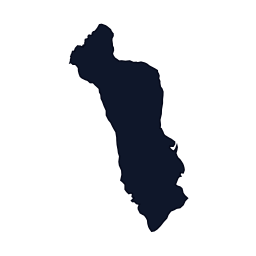 outline of Kritou Marottou, Paphos, Cyprus, rotated 308°
{"feature_id": "46923920B67304422398861", "entity_name": "Kritou Marottou", "entity_type": "district", "adm_level": 2, "iso_a3": "CYP", "parent_name": "Cyprus", "parent_adm1": "Paphos", "projection": "albers", "projection_center": [32.584, 34.945], "detail": "fine", "context": "isolated", "style": "filled", "palette": "ink", "viewbox_px": 256, "rotation_deg": 308, "n_neighbors": 0, "source": "geoboundaries", "source_scale": "gbopen_adm2", "svg_char_len": 2894}
<svg xmlns="http://www.w3.org/2000/svg" viewBox="0 0 256 256"><g transform="rotate(308 128 128)"><path d="M143.8,42.1L144.2,42.3L144.5,43.6L144.3,45.3L145.8,47.3L145.7,48.9L145.1,51.3L145.1,51.8L142.6,53.9L140.8,56.2L139.3,58.7L139.2,60.9L140.0,64.7L140.8,66.9L140.5,70.2L142.4,72.7L141.9,75.3L141.7,78.1L141.4,81.1L138.7,83.7L137.8,86.0L134.7,88.9L133.3,91.8L130.9,95.6L128.5,100.2L124.8,103.1L122.6,107.8L121.9,111.1L120.2,114.5L118.7,117.9L117.5,121.0L113.7,125.1L111.5,126.9L108.3,129.8L105.0,133.5L102.6,135.9L100.6,138.9L95.9,141.7L93.4,144.3L90.8,149.2L87.4,152.2L82.4,154.6L82.4,156.7L81.8,160.5L79.6,162.2L77.9,163.5L77.1,166.3L76.8,169.0L78.9,170.5L78.9,172.2L76.5,173.5L76.5,175.8L75.0,175.7L72.9,175.5L72.8,176.9L74.1,178.3L73.7,181.2L75.0,184.1L71.8,185.0L70.5,186.1L68.7,189.9L69.1,192.7L69.5,194.7L68.6,197.9L67.5,200.2L64.9,202.7L63.0,205.3L62.2,207.0L61.2,210.2L61.9,210.8L63.1,211.9L66.4,213.0L71.0,213.5L76.1,213.5L80.8,213.9L84.4,212.8L88.9,212.7L92.0,214.5L94.7,215.6L97.3,218.0L101.4,218.7L105.7,217.7L109.3,218.1L109.6,214.3L110.5,211.3L112.2,209.3L113.4,207.7L113.5,205.4L112.5,202.7L112.5,200.1L116.5,198.9L119.2,198.1L121.3,198.2L122.6,199.3L123.1,197.8L125.2,196.8L126.6,199.1L129.4,198.1L130.9,196.6L132.2,194.9L133.2,193.3L134.1,190.9L134.9,188.3L135.1,185.7L136.0,183.6L136.8,182.4L137.0,182.0L137.6,181.1L140.7,179.9L143.1,178.6L144.1,177.4L141.2,178.4L138.7,178.5L137.7,178.0L137.5,176.0L137.8,173.0L139.5,172.2L141.4,174.8L144.1,174.5L145.7,173.3L145.6,168.9L145.1,166.4L144.6,161.5L145.1,159.7L146.3,157.8L147.1,156.1L147.9,154.5L147.6,153.2L150.3,151.6L154.0,148.0L159.4,145.5L163.3,142.7L168.7,139.8L171.9,137.3L175.0,135.4L178.0,133.2L179.7,130.5L180.3,128.2L182.9,125.3L184.4,124.2L185.8,121.6L188.2,120.3L189.4,118.5L190.1,116.8L191.3,115.7L191.0,112.9L190.5,110.0L189.9,106.7L189.9,103.5L189.4,101.2L187.9,97.7L185.3,95.5L184.8,94.1L182.9,92.0L181.9,88.1L178.9,85.0L177.0,81.8L175.1,79.7L175.1,77.8L174.9,74.4L175.7,71.9L176.8,69.9L180.2,68.7L182.1,67.0L183.1,65.0L184.8,63.5L187.2,61.0L188.8,60.0L191.4,59.5L193.1,58.1L193.1,57.5L193.8,55.2L194.7,53.6L194.8,48.7L194.6,47.2L193.4,43.5L192.6,42.7L191.8,42.0L189.9,42.3L188.1,42.6L186.1,42.6L184.5,42.6L183.4,42.3L182.9,41.9L182.5,41.5L181.3,41.5L180.7,41.5L180.2,42.2L180.1,42.3L179.2,42.4L178.3,42.0L177.6,41.2L177.3,40.2L176.7,40.0L175.8,40.1L175.0,40.9L174.3,41.4L173.7,41.4L173.1,41.1L172.3,40.4L171.6,39.9L170.9,40.2L170.3,40.7L169.5,41.3L168.6,41.6L168.0,42.1L167.1,42.8L166.7,42.7L165.6,42.6L164.8,42.7L165.3,41.9L163.8,42.1L163.4,41.5L163.1,40.0L162.7,39.5L162.2,38.8L161.7,37.8L160.5,37.7L159.0,37.6L158.3,37.6L157.6,37.9L156.5,38.2L155.5,38.7L154.4,37.3L153.5,37.4L152.3,38.2L151.4,38.1L150.7,38.4L149.0,39.0L148.9,39.0L148.6,39.9L148.5,40.0L148.0,40.2L147.1,40.4L146.1,40.9L145.8,41.4L145.7,41.5L144.5,41.8L144.1,42.0L143.8,42.1Z" fill="#0f172a" stroke="#020617" stroke-width="1.5"/></g></svg>